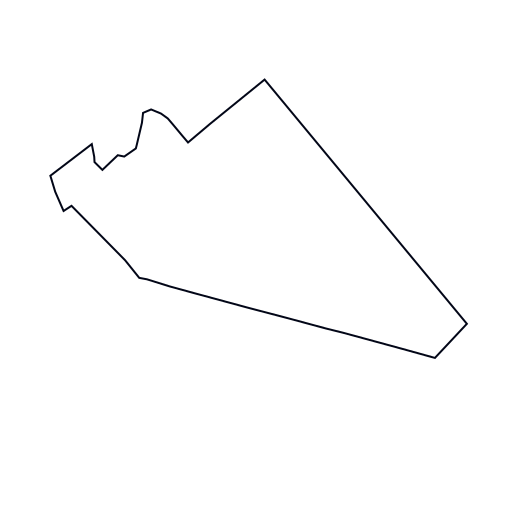 Zoueratt, Tiris Zemmour, Mauritania, rotated 51°
{"feature_id": "47542326B94085620874331", "entity_name": "Zoueratt", "entity_type": "district", "adm_level": 2, "iso_a3": "MRT", "parent_name": "Mauritania", "parent_adm1": "Tiris Zemmour", "projection": "orthographic", "projection_center": [-11.264, 23.151], "detail": "fine", "context": "isolated", "style": "outline", "palette": "ink", "viewbox_px": 512, "rotation_deg": 51, "n_neighbors": 0, "source": "geoboundaries", "source_scale": "gbopen_adm2", "svg_char_len": 591}
<svg xmlns="http://www.w3.org/2000/svg" viewBox="0 0 512 512"><g transform="rotate(51 256 256)"><path d="M99.9,377.2L100.9,367.8L176.9,360.4L199.5,360.5L205.5,355.4L225.2,342.3L247.1,326.6L289.9,295.7L298.9,289.1L323.0,271.4L356.3,247.3L370.2,236.8L420.6,200.5L447.8,181.1L441.4,134.8L124.3,138.3L124.4,208.4L125.0,237.4L115.9,237.6L101.4,237.8L93.6,238.0L85.5,240.2L76.1,245.3L73.7,253.7L80.7,260.8L94.8,279.0L96.8,281.7L96.2,290.3L95.8,295.8L90.7,300.0L92.4,321.2L81.4,322.4L77.1,319.3L65.7,313.2L64.2,365.3L79.7,371.6L99.9,377.2Z" fill="none" stroke="#020617" stroke-width="2"/></g></svg>